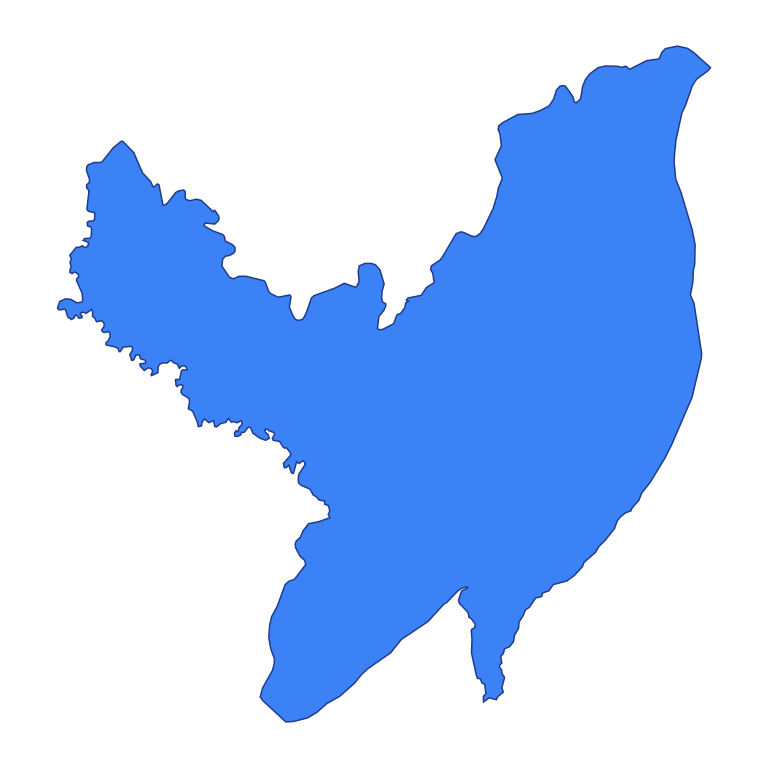 Melgar, Tolima, Colombia (Natural Earth projection)
{"feature_id": "7082276B7628947847785", "entity_name": "Melgar", "entity_type": "district", "adm_level": 2, "iso_a3": "COL", "parent_name": "Colombia", "parent_adm1": "Tolima", "projection": "natural_earth1", "projection_center": [-74.673, 4.184], "detail": "fine", "context": "isolated", "style": "filled", "palette": "blue", "viewbox_px": 768, "rotation_deg": 0, "n_neighbors": 0, "source": "geoboundaries", "source_scale": "gbopen_adm2", "svg_char_len": 6021}
<svg xmlns="http://www.w3.org/2000/svg" viewBox="0 0 768 768"><path d="M133.8,152.7L122.8,141.3L121.3,141.2L113.2,147.8L102.3,161.6L100.5,162.5L94.1,162.5L88.3,164.8L86.7,166.7L86.5,170.6L89.5,179.3L89.3,182.6L86.6,184.8L86.7,188.0L88.6,189.9L88.8,192.5L86.9,209.3L88.4,211.3L94.7,212.7L94.6,219.4L93.1,221.0L88.6,221.2L87.2,222.5L87.6,226.0L90.9,227.1L91.6,228.8L91.1,236.8L89.8,238.4L84.8,238.4L83.1,240.4L88.5,242.3L88.0,245.6L85.8,247.5L83.9,247.3L82.5,245.7L79.4,247.3L76.3,247.3L69.8,255.3L71.4,259.2L70.0,262.3L71.2,267.3L69.9,270.1L70.0,272.6L72.1,273.6L74.8,271.9L78.4,274.4L78.8,276.4L76.6,279.0L76.5,280.4L82.0,293.0L82.8,300.4L81.6,302.1L77.0,302.9L70.6,299.3L65.4,298.9L59.7,301.5L57.5,308.0L58.9,309.9L65.3,309.2L67.9,317.2L71.6,319.5L74.2,317.8L75.2,315.1L76.5,315.3L79.0,318.2L82.0,317.7L82.1,316.1L80.3,314.6L80.6,313.0L83.2,312.1L86.2,313.3L91.6,309.5L92.8,312.4L92.4,316.1L94.9,318.3L96.5,321.7L101.7,320.8L104.1,323.3L104.2,326.2L101.7,329.8L102.4,331.6L104.1,332.5L108.8,331.7L109.9,333.3L110.1,336.9L108.0,341.0L106.0,342.5L106.1,344.9L116.2,347.2L118.3,349.0L118.9,351.5L120.1,351.7L123.2,347.1L131.4,346.3L132.3,347.3L132.5,350.2L129.8,354.6L131.6,360.3L133.7,360.0L135.9,355.2L139.3,354.7L140.5,358.8L144.7,360.0L145.7,361.3L145.4,363.2L140.0,363.8L140.2,366.1L144.3,370.5L148.2,367.8L151.5,368.7L152.6,371.6L151.1,374.6L151.5,375.6L157.9,372.7L158.2,366.7L159.5,364.5L162.3,363.0L167.2,363.0L170.4,360.3L171.7,360.5L173.3,362.6L177.4,364.1L179.2,368.3L181.9,365.6L185.3,366.2L186.7,368.1L186.8,370.2L183.3,369.7L181.5,370.7L179.5,379.6L176.1,379.3L175.4,380.0L176.1,385.4L177.1,386.6L179.0,384.9L182.5,385.0L182.9,387.5L181.3,389.7L181.0,392.3L182.3,394.3L189.0,398.5L189.6,401.7L188.3,408.8L191.5,410.3L193.2,412.4L197.4,422.2L198.3,426.6L201.4,426.0L202.3,421.5L204.6,419.0L208.9,422.7L213.5,420.5L214.8,426.5L216.7,426.9L220.8,423.5L225.7,422.4L228.3,418.5L231.3,422.1L234.1,421.7L236.6,422.8L241.2,420.7L242.1,422.0L241.6,424.9L239.1,427.4L238.1,431.6L235.9,430.8L234.5,432.9L235.0,436.3L237.5,436.4L240.7,434.9L241.6,432.5L244.5,432.1L247.8,427.7L249.5,427.1L250.7,428.1L252.9,433.2L260.1,438.3L265.6,440.3L269.3,438.4L268.1,434.6L265.3,432.0L264.9,429.7L267.1,429.1L269.1,430.8L274.4,432.7L274.5,434.6L272.4,438.1L273.2,440.3L279.5,441.4L283.3,447.2L284.4,448.1L286.6,447.9L290.3,452.7L290.7,455.1L283.4,463.5L284.3,467.7L286.3,467.5L288.8,465.2L291.4,472.8L293.4,473.4L296.6,461.9L299.1,463.5L303.0,460.7L304.7,462.2L305.0,464.8L298.7,474.4L298.2,480.3L298.8,483.2L301.3,485.4L310.1,489.2L313.0,494.7L316.8,497.2L319.0,500.0L324.7,501.1L324.6,504.2L328.2,505.5L329.1,507.9L329.7,511.0L328.2,514.6L330.0,517.6L319.0,521.6L308.6,523.7L303.0,530.9L300.4,537.2L296.2,541.1L295.2,543.8L295.6,547.7L300.0,556.3L304.7,560.4L305.7,564.6L294.4,579.4L288.8,581.3L285.2,584.5L277.2,606.4L271.6,616.7L269.6,625.4L268.8,637.6L270.7,648.6L274.3,658.5L274.3,663.2L272.5,670.3L262.6,688.0L260.2,697.0L263.4,701.2L285.8,721.9L293.5,721.5L307.8,717.8L317.0,712.2L326.9,703.5L339.6,696.4L354.5,683.2L361.9,674.1L367.6,668.9L390.7,652.7L401.3,639.5L428.0,621.5L444.0,604.0L446.9,602.3L457.8,590.9L461.3,588.5L466.8,586.7L467.6,587.0L467.3,588.2L461.6,591.0L458.5,600.2L459.3,603.3L468.1,612.5L469.0,617.3L471.2,618.7L475.2,623.9L474.6,627.9L471.9,629.1L471.3,630.4L472.0,639.7L471.5,652.9L476.4,675.6L477.6,678.3L480.3,678.8L482.0,683.0L484.7,684.4L485.9,693.6L483.4,696.3L483.5,701.9L489.3,697.8L496.3,699.7L497.7,696.7L503.4,692.2L501.8,687.8L504.6,677.4L502.2,673.9L501.6,670.0L499.5,667.1L499.7,665.0L501.8,663.1L500.7,656.5L503.4,653.4L504.5,648.8L509.6,646.7L513.4,641.7L514.6,635.1L518.5,628.5L519.1,622.0L523.0,615.9L525.3,610.1L529.4,607.2L535.7,598.0L541.7,596.5L542.7,592.9L549.0,590.8L553.1,584.6L566.9,580.9L574.2,575.6L582.4,566.7L584.1,562.3L595.5,552.3L598.7,546.7L605.5,539.9L614.5,528.5L617.3,520.8L620.0,517.2L625.4,512.9L630.8,510.9L632.1,508.0L639.0,500.0L641.6,493.2L650.4,482.0L665.1,457.8L671.8,444.4L692.0,397.5L701.3,358.4L701.6,353.1L694.0,303.3L690.4,295.0L692.8,282.4L693.3,270.7L694.7,264.4L695.1,244.7L692.2,229.8L681.0,192.4L675.7,179.0L674.1,161.9L674.6,153.1L676.0,140.0L681.9,113.0L685.6,105.0L692.6,85.0L696.7,79.1L707.8,70.9L710.5,67.6L693.6,52.5L687.6,48.4L677.6,46.1L665.4,48.6L661.8,52.5L659.5,58.0L658.2,59.0L646.5,60.7L629.6,69.3L626.2,66.5L624.6,66.3L622.3,67.4L617.5,66.3L605.4,66.0L598.1,67.7L589.8,73.9L585.5,79.5L582.7,86.2L580.5,99.0L576.2,102.8L574.3,101.8L572.8,96.6L565.8,86.5L564.1,85.7L560.2,86.0L556.6,89.8L553.6,99.1L549.2,105.8L540.4,110.5L532.2,113.4L517.8,114.5L503.1,122.4L498.9,125.7L498.1,129.4L500.0,134.1L501.4,145.8L495.0,159.8L502.1,177.3L501.9,179.5L498.3,188.2L496.8,196.5L493.1,208.6L483.5,228.6L480.0,233.6L475.6,236.6L471.6,236.1L463.3,232.3L460.7,231.9L456.2,233.6L442.1,257.5L439.8,260.2L431.4,265.8L430.6,269.7L432.8,273.2L434.1,282.7L426.4,287.6L421.3,295.3L408.0,298.0L406.3,300.0L408.4,301.3L405.9,302.6L404.7,307.9L400.6,313.4L396.9,314.8L393.7,323.7L382.9,329.3L379.4,329.8L377.4,328.5L379.0,316.2L383.7,310.7L385.8,305.5L385.8,303.9L382.5,301.9L381.6,297.8L382.1,291.2L384.1,283.8L379.9,269.8L375.5,264.8L371.4,263.4L365.0,263.4L359.3,265.9L358.2,271.5L359.1,281.1L356.9,286.2L355.2,287.2L344.3,283.3L334.6,288.2L313.9,295.7L311.4,298.1L306.1,313.4L303.0,319.1L299.4,320.3L296.8,320.0L295.3,319.3L292.7,315.3L289.3,306.8L290.9,297.7L290.9,296.2L289.6,295.0L278.1,297.2L270.7,293.6L268.9,291.8L265.2,282.0L264.0,280.7L246.1,276.3L238.9,276.3L233.6,278.8L229.6,277.4L222.0,266.3L222.6,259.3L225.3,256.2L229.4,255.5L233.6,253.3L235.1,250.9L235.0,247.3L232.0,244.4L225.1,240.9L224.5,236.6L222.5,234.4L213.0,231.0L204.2,225.9L204.6,223.8L206.0,223.1L214.8,224.1L218.2,220.8L219.1,218.6L218.7,216.2L215.3,211.0L214.4,210.3L213.2,211.6L212.4,211.0L201.2,200.4L196.4,199.2L190.1,200.7L186.3,199.7L185.4,198.6L185.1,191.4L183.6,190.0L178.5,190.9L175.8,192.5L167.2,203.4L164.8,205.0L163.0,205.1L159.0,184.9L157.3,183.9L154.6,186.7L152.9,186.7L150.7,181.6L142.5,172.9L133.8,152.7Z" fill="#3b82f6" stroke="#1e3a8a" stroke-width="1.5"/></svg>